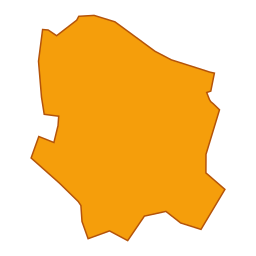 Norfolk, Virginia, United States of America (orthographic projection)
{"feature_id": "52423323B60127042569296", "entity_name": "Norfolk", "entity_type": "district", "adm_level": 2, "iso_a3": "USA", "parent_name": "United States of America", "parent_adm1": "Virginia", "projection": "orthographic", "projection_center": [-76.263, 36.895], "detail": "fine", "context": "isolated", "style": "filled", "palette": "amber", "viewbox_px": 256, "rotation_deg": 0, "n_neighbors": 0, "source": "geoboundaries", "source_scale": "gbopen_adm2", "svg_char_len": 642}
<svg xmlns="http://www.w3.org/2000/svg" viewBox="0 0 256 256"><path d="M165.9,211.4L180.7,223.0L201.0,229.4L224.9,189.4L205.9,172.9L206.0,154.3L219.5,109.8L213.4,103.9L210.8,101.7L209.5,99.7L206.7,92.5L210.8,91.1L214.4,73.1L209.8,72.1L183.5,63.7L171.2,59.8L155.0,51.3L119.8,25.4L114.9,21.8L94.1,15.4L78.8,16.3L78.5,16.8L76.7,20.2L56.6,35.7L48.2,30.0L42.6,29.5L38.5,61.2L41.5,97.1L44.2,114.3L53.1,115.5L58.7,116.2L58.0,126.0L57.7,126.9L53.9,142.5L38.8,136.5L35.0,147.1L31.1,158.0L59.4,183.1L78.3,201.6L80.9,205.5L82.0,221.5L88.1,238.7L109.5,230.9L127.7,240.6L144.4,216.1L165.9,211.4Z" fill="#f59e0b" stroke="#b45309" stroke-width="1.5"/></svg>